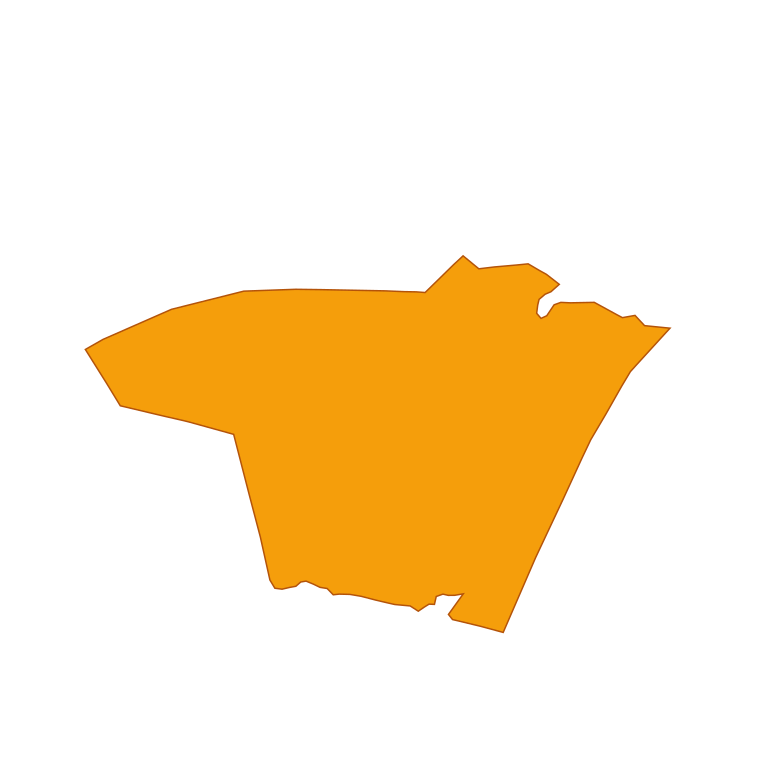 the district of Altinho, Pernambuco, Brazil, rotated 40°
{"feature_id": "56859067B14370835694684", "entity_name": "Altinho", "entity_type": "district", "adm_level": 2, "iso_a3": "BRA", "parent_name": "Brazil", "parent_adm1": "Pernambuco", "projection": "natural_earth1", "projection_center": [-36.08, -8.478], "detail": "fine", "context": "isolated", "style": "filled", "palette": "amber", "viewbox_px": 768, "rotation_deg": 40, "n_neighbors": 0, "source": "geoboundaries", "source_scale": "gbopen_adm2", "svg_char_len": 1202}
<svg xmlns="http://www.w3.org/2000/svg" viewBox="0 0 768 768"><g transform="rotate(40 384 384)"><path d="M567.2,157.4L546.1,171.8L540.3,171.1L532.2,170.1L524.0,179.9L518.0,181.2L492.6,186.3L474.5,202.1L467.0,207.8L463.4,214.0L464.8,227.1L462.1,232.8L455.5,231.7L451.0,224.7L448.4,219.5L449.7,211.7L452.6,206.0L454.2,195.0L437.9,195.6L430.2,197.1L417.2,199.3L409.1,207.6L393.3,223.4L382.6,234.8L362.2,235.0L360.6,247.9L356.7,287.5L349.6,292.6L340.2,300.2L331.4,307.0L325.4,311.6L274.6,352.6L255.5,368.2L216.9,403.0L173.2,463.4L140.1,530.4L133.0,549.5L171.7,562.0L196.0,570.2L227.1,554.6L237.6,549.3L254.0,540.9L258.7,538.6L301.2,519.2L352.0,555.5L387.5,580.6L422.6,607.5L431.7,610.6L437.8,606.7L442.3,600.7L446.5,595.6L447.5,589.2L451.0,585.1L458.6,582.7L465.7,580.9L471.9,577.2L480.6,578.1L484.7,573.8L493.1,567.1L503.0,561.3L517.1,554.6L527.2,549.5L534.0,546.0L546.7,537.2L556.3,536.0L558.2,529.2L560.0,523.7L564.3,520.4L560.6,513.2L564.2,507.1L569.1,504.6L574.0,500.4L579.6,493.8L581.5,519.1L587.9,520.4L613.8,507.5L635.0,497.7L611.7,419.4L595.1,356.5L583.2,313.1L578.2,293.8L573.3,264.4L567.5,233.0L564.8,216.2L565.1,207.4L567.2,157.4Z" fill="#f59e0b" stroke="#b45309" stroke-width="1.5"/></g></svg>